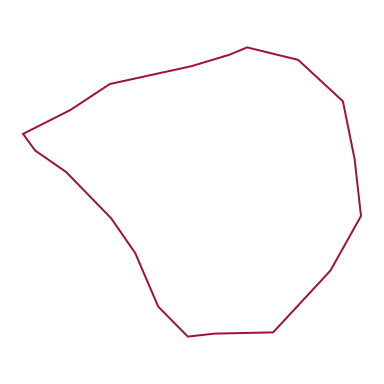 the district of Mfoundi, Centre, Cameroon
{"feature_id": "32672807B36529963659187", "entity_name": "Mfoundi", "entity_type": "district", "adm_level": 2, "iso_a3": "CMR", "parent_name": "Cameroon", "parent_adm1": "Centre", "projection": "orthographic", "projection_center": [11.497, 3.804], "detail": "fine", "context": "isolated", "style": "outline", "palette": "rose", "viewbox_px": 384, "rotation_deg": 0, "n_neighbors": 0, "source": "geoboundaries", "source_scale": "gbopen_adm2", "svg_char_len": 380}
<svg xmlns="http://www.w3.org/2000/svg" viewBox="0 0 384 384"><path d="M23.0,133.9L35.1,150.5L66.1,172.0L111.1,218.2L135.3,253.2L158.2,306.6L187.8,336.6L214.7,333.6L273.1,332.4L301.8,301.5L330.5,270.5L361.0,216.0L354.6,159.0L342.9,101.3L298.2,59.9L247.1,47.4L229.5,54.7L191.3,66.2L158.8,73.3L109.8,84.0L70.5,109.9L23.0,133.9Z" fill="none" stroke="#9f1239" stroke-width="2"/></svg>